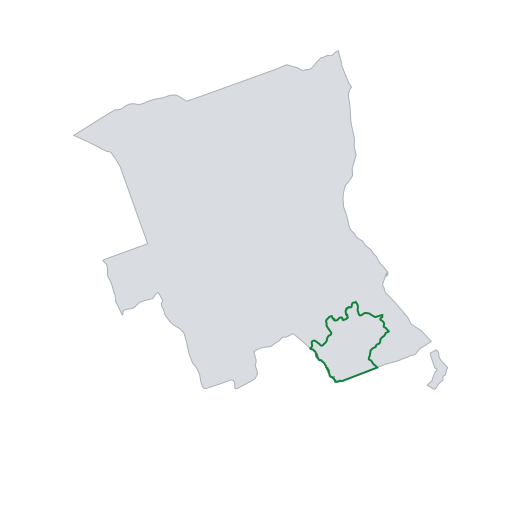 Uíge highlighted on a map of Angola, rotated 160°
{"feature_id": "AGO-1881", "entity_name": "Uíge", "entity_type": "Province", "adm_level": 1, "iso_a3": "AGO", "parent_name": "Angola", "parent_adm1": "", "projection": "robinson", "projection_center": [15.52, -7.131], "detail": "fine", "context": "in_parent", "style": "outline", "palette": "green", "viewbox_px": 512, "rotation_deg": 160, "n_neighbors": 0, "source": "natural_earth", "source_scale": "10m", "svg_char_len": 8367}
<svg xmlns="http://www.w3.org/2000/svg" viewBox="0 0 512 512"><g transform="rotate(160 256 256)"><path d="M401.7,246.3L402.2,249.9L402.7,254.9L403.0,258.5L403.4,260.1L403.5,261.0L403.1,261.9L402.7,264.0L402.1,265.9L401.7,267.3L402.0,269.7L401.4,276.9L401.3,280.5L402.1,286.8L402.0,288.8L400.0,294.7L399.4,297.6L399.3,299.1L401.3,303.4L401.2,304.3L399.6,304.6L398.3,304.6L353.6,304.6L353.1,379.2L353.0,385.5L354.4,393.9L356.9,403.1L358.0,403.9L360.6,405.6L364.3,409.1L366.3,411.7L370.5,416.2L376.0,421.9L386.0,431.7L352.1,438.9L339.1,441.5L338.0,441.5L336.0,440.5L331.9,440.3L327.0,441.7L323.1,442.0L320.2,441.4L317.4,440.2L314.7,438.4L310.0,437.8L303.3,438.3L296.8,437.9L290.5,436.7L286.1,436.3L283.4,436.5L280.5,436.1L277.4,435.1L274.8,433.4L271.7,429.7L269.3,426.2L268.7,425.7L268.0,425.2L267.2,425.1L253.8,424.9L172.2,424.7L162.8,425.3L162.0,425.2L160.9,424.8L160.0,424.0L157.4,422.0L155.0,420.5L151.9,418.0L149.8,415.2L148.1,414.3L145.0,413.8L142.7,413.3L140.9,413.2L137.6,414.5L135.1,415.8L133.3,417.1L130.3,418.5L127.7,419.9L123.2,419.8L122.2,420.0L119.7,419.9L117.3,418.6L114.9,418.7L112.3,420.3L108.5,420.9L109.3,410.6L110.2,406.0L110.2,400.6L109.6,386.4L108.9,384.4L108.5,382.1L110.8,380.4L112.0,379.1L113.6,376.7L114.8,373.4L116.1,366.2L121.0,349.4L123.3,333.1L126.3,325.3L127.4,316.6L135.7,305.4L137.7,298.5L142.0,295.1L148.1,291.5L152.4,285.1L154.5,280.6L156.9,272.1L156.9,263.2L158.4,251.3L158.0,247.9L155.7,243.2L155.3,239.8L153.2,236.5L150.9,234.0L149.9,229.5L145.9,222.5L144.8,217.7L143.0,214.4L142.6,210.2L141.6,205.8L139.7,201.4L137.9,196.4L137.8,194.9L139.0,193.0L140.1,192.4L139.7,193.3L139.0,194.4L139.2,195.3L146.5,186.5L147.0,184.8L146.7,182.9L146.7,180.6L147.0,177.8L140.0,161.7L134.5,146.7L133.5,139.1L126.2,129.1L123.4,122.6L121.7,118.1L120.5,116.4L120.9,115.5L122.8,115.3L127.0,114.2L132.7,113.1L138.0,110.4L139.4,109.3L142.2,109.0L145.1,109.7L146.1,109.2L146.7,109.2L153.4,109.2L156.2,109.0L161.4,109.1L164.6,109.3L166.5,109.6L171.5,110.0L177.8,109.9L180.0,109.7L188.2,109.5L203.6,109.2L211.6,109.3L217.8,109.3L220.6,110.2L223.1,112.0L224.3,113.7L224.8,114.4L225.6,116.1L227.0,117.5L227.5,119.6L227.1,122.4L227.3,125.9L228.1,129.9L229.8,134.1L232.3,138.5L233.5,142.1L233.1,144.6L233.9,147.4L235.8,150.3L237.2,151.8L238.0,153.0L240.2,157.4L247.2,169.8L248.2,170.4L249.8,170.2L253.0,169.7L256.3,169.6L258.6,170.7L259.5,170.5L263.0,168.4L266.4,167.7L270.0,166.9L271.9,166.0L274.1,166.0L280.0,167.7L281.1,167.8L285.9,167.8L290.7,166.8L291.4,159.7L291.4,158.3L292.6,155.6L294.1,153.3L294.3,151.0L294.2,148.0L295.2,144.3L298.4,141.4L303.6,140.0L306.6,139.7L311.2,138.9L318.3,138.0L320.9,138.2L321.1,138.6L319.6,143.7L319.6,145.4L320.1,147.0L321.3,148.0L335.3,148.2L348.8,148.7L349.6,149.0L350.2,149.3L351.0,151.9L350.8,156.8L349.5,164.0L350.0,170.8L352.2,177.1L352.4,186.7L350.6,199.7L350.1,207.9L351.2,211.4L353.4,215.0L356.7,218.7L359.3,223.6L361.1,229.6L361.8,233.3L361.3,234.9L361.3,237.6L361.8,241.4L361.2,243.9L359.3,245.2L358.7,246.9L359.6,250.2L359.8,253.2L361.1,255.2L361.9,255.3L363.8,254.2L366.1,252.2L367.9,251.4L370.4,251.5L374.0,252.1L380.3,252.3L382.2,251.9L388.1,249.2L389.6,249.0L391.9,249.3L395.2,250.1L398.5,250.2L400.1,249.4L400.3,248.3L400.8,246.9L401.7,246.3ZM139.5,75.6L139.1,76.0L136.5,77.3L133.6,78.4L129.9,83.0L128.0,85.0L127.4,85.5L125.7,86.6L124.5,87.6L124.5,88.1L125.4,88.7L126.2,89.7L126.1,97.2L125.8,104.6L125.3,105.3L122.9,105.5L119.8,106.0L118.8,106.4L118.4,105.6L117.4,102.9L118.0,100.3L118.6,98.4L117.9,94.5L116.3,91.0L114.5,86.6L114.0,85.7L115.5,84.3L117.6,81.2L118.5,79.5L121.0,79.2L121.9,78.0L122.6,76.2L122.9,75.2L125.7,74.3L129.1,72.8L130.9,71.1L132.8,70.0L134.1,70.0L134.8,70.4L137.0,73.3L138.9,75.2L139.5,75.6Z" fill="#d9dde1" stroke="#a8b0b8" stroke-width="1"/><path d="M217.8,109.0L218.4,109.1L218.8,109.4L219.2,109.8L219.7,110.1L220.1,110.1L220.5,110.1L221.3,109.8L221.7,109.7L222.2,109.8L222.6,109.9L223.5,110.3L224.6,110.9L224.5,111.1L224.2,111.6L224.2,111.8L224.4,112.1L224.5,112.4L224.6,112.6L224.7,114.4L224.8,114.7L225.1,114.5L225.3,114.5L225.4,114.8L224.9,115.4L225.4,115.5L225.7,115.7L226.1,116.4L226.4,116.5L226.7,116.6L227.0,116.8L227.1,117.2L227.5,117.7L227.7,118.2L227.7,118.5L227.5,118.9L227.4,119.3L227.4,121.3L227.5,121.6L227.5,121.8L227.6,122.1L227.6,122.3L227.4,122.4L227.2,122.5L226.9,122.8L226.9,123.9L226.9,124.0L227.1,124.2L227.2,124.3L227.4,124.3L227.5,124.3L227.6,124.7L227.4,125.1L227.2,125.4L227.2,125.7L227.7,125.7L227.6,126.1L227.6,126.4L227.7,126.7L228.0,127.0L228.2,127.3L228.2,127.5L227.9,128.1L227.8,128.6L227.9,129.0L228.2,129.9L228.3,130.4L228.4,131.4L228.5,131.9L228.7,132.4L230.0,134.5L230.1,134.9L230.2,135.3L230.3,135.6L230.5,135.9L230.8,136.0L231.4,136.1L231.7,136.2L232.2,136.6L232.5,137.3L232.7,138.9L232.6,139.0L232.6,139.5L232.8,139.6L233.1,139.7L233.2,139.8L233.3,140.1L233.4,140.3L233.6,140.8L233.5,141.2L233.4,141.6L233.3,142.2L232.6,142.0L232.5,142.7L233.0,144.5L233.0,146.0L233.3,146.3L233.6,146.7L234.0,147.3L234.1,147.8L234.1,148.2L234.2,148.5L234.8,148.7L235.6,149.4L236.3,149.7L236.5,150.0L236.6,150.4L236.6,150.7L235.3,151.2L234.4,151.9L234.1,152.3L233.8,152.8L233.7,153.3L233.6,154.3L233.5,154.9L233.2,155.7L232.7,156.3L232.2,156.7L231.6,156.8L231.1,156.8L230.5,156.7L230.0,156.4L229.5,156.0L229.0,155.5L226.6,151.8L226.1,150.5L225.8,149.9L225.3,149.5L224.8,149.2L224.4,149.2L223.9,149.3L220.1,151.0L218.5,152.2L217.0,154.7L215.5,155.9L214.8,156.2L213.5,156.3L212.8,156.5L212.0,157.1L211.7,157.7L211.6,158.4L211.7,159.1L213.2,164.3L213.4,165.7L213.4,166.4L213.4,167.0L213.2,167.4L212.8,168.4L212.4,170.9L211.3,172.0L210.9,172.3L209.1,173.0L208.2,173.6L207.5,173.7L206.9,173.8L205.3,173.5L205.4,172.3L205.3,171.0L204.8,170.5L204.3,170.4L204.0,170.0L204.1,169.5L204.4,169.3L204.5,169.2L204.4,169.1L204.0,168.6L203.4,168.1L202.8,168.0L202.2,168.0L201.1,168.1L200.6,168.4L199.6,169.0L199.1,169.2L198.4,169.3L197.5,169.3L196.7,169.0L196.2,168.5L196.1,167.8L196.3,167.2L196.4,166.6L195.9,165.9L195.5,165.9L192.8,166.0L191.3,166.5L190.7,166.9L190.9,167.8L190.9,168.1L190.8,168.3L190.6,168.8L190.4,169.4L190.4,169.6L190.5,169.8L190.8,169.7L191.0,169.7L191.1,169.8L191.2,170.0L191.4,170.3L191.4,170.5L191.3,170.9L191.1,171.1L191.0,171.8L190.9,172.7L190.8,173.1L190.7,173.3L190.5,173.8L190.4,174.0L190.1,174.0L189.9,174.3L189.9,174.5L189.7,174.6L189.3,174.7L189.2,174.9L189.1,175.1L188.9,175.7L188.9,175.8L188.6,175.9L188.3,175.7L188.2,175.7L187.7,175.7L187.3,175.8L186.8,176.2L186.6,176.3L186.4,176.3L186.1,176.3L186.0,176.2L185.9,176.1L185.7,175.9L185.5,175.7L185.3,175.6L185.1,175.5L184.9,175.5L184.6,175.4L184.4,175.3L184.1,175.3L183.8,175.5L183.4,175.8L183.2,176.1L183.1,176.3L182.8,177.2L182.7,177.4L182.3,177.8L181.9,178.2L181.9,178.3L181.7,178.5L181.0,178.8L180.6,178.9L180.3,178.9L179.5,178.7L178.9,178.5L178.6,178.5L177.9,178.6L177.4,176.3L177.3,175.3L177.4,174.1L177.6,173.4L177.9,172.6L178.9,170.8L179.1,170.2L179.3,165.7L179.0,165.1L178.7,164.7L177.5,164.3L174.1,165.1L173.3,165.2L172.8,165.0L172.0,164.8L170.2,163.8L169.5,163.4L168.9,162.8L167.5,160.8L165.8,159.0L165.5,158.4L165.0,157.9L164.2,157.7L159.3,157.6L157.5,157.3L158.0,155.9L158.2,155.5L158.8,155.3L159.4,155.3L159.7,155.2L159.9,155.1L160.0,155.0L160.4,154.6L160.5,154.3L160.8,154.2L160.9,153.9L160.9,153.6L160.6,153.2L159.8,152.2L159.4,151.6L158.7,149.9L158.7,149.0L158.9,148.2L160.1,146.3L160.1,145.7L159.8,145.2L159.3,144.8L158.8,144.1L158.4,143.3L157.7,141.3L157.0,139.8L157.5,139.5L158.1,139.4L158.3,139.4L158.5,139.4L160.0,139.4L160.3,139.3L160.5,139.3L160.8,139.0L160.9,138.8L161.0,138.6L161.5,138.3L161.6,138.2L161.8,137.9L162.2,137.6L163.0,137.1L164.0,136.8L165.4,136.4L167.5,135.3L167.7,135.0L168.0,134.2L168.1,133.9L168.4,133.5L168.5,133.4L168.5,133.2L168.9,132.5L169.9,131.7L170.1,131.6L170.3,131.5L170.5,131.5L170.8,131.6L171.2,131.5L171.4,131.6L171.8,131.6L172.0,131.6L173.7,131.0L173.8,130.9L174.4,130.0L174.8,129.5L176.7,129.5L178.1,129.2L179.1,128.8L180.6,128.0L180.9,127.7L181.1,127.2L181.3,126.6L182.3,125.1L182.4,124.9L183.4,123.1L183.5,123.0L184.1,122.5L184.2,122.4L185.1,121.0L185.3,120.2L184.8,119.7L183.6,118.3L183.3,117.4L182.8,114.8L182.4,113.9L180.7,110.9L180.2,109.7L181.1,109.7L183.3,109.6L185.5,109.6L187.7,109.6L189.9,109.5L192.2,109.5L194.4,109.4L196.6,109.4L198.8,109.4L201.0,109.3L203.2,109.3L205.4,109.2L207.6,109.2L209.8,109.1L212.0,109.1L212.6,109.1L214.2,109.1L216.4,109.0L217.8,109.0Z" fill="none" stroke="#15803d" stroke-width="2"/></g></svg>